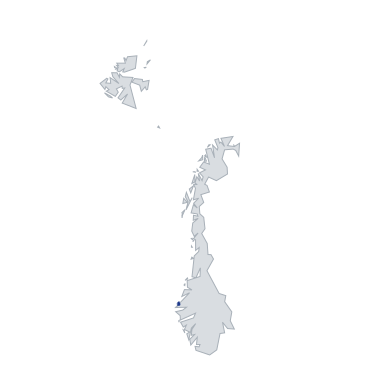 location of Ulstein nor, Møre og Romsdal, Norway, rotated 337°
{"feature_id": "86288312B47478936056679", "entity_name": "Ulstein nor", "entity_type": "district", "adm_level": 2, "iso_a3": "NOR", "parent_name": "Norway", "parent_adm1": "Møre og Romsdal", "projection": "albers", "projection_center": [5.867, 62.327], "detail": "fine", "context": "in_parent", "style": "filled", "palette": "blue", "viewbox_px": 384, "rotation_deg": 337, "n_neighbors": 0, "source": "geoboundaries", "source_scale": "gbopen_adm2", "svg_char_len": 4562}
<svg xmlns="http://www.w3.org/2000/svg" viewBox="0 0 384 384"><g transform="rotate(337 192 192)"><path d="M213.1,184.7L206.7,189.8L208.4,191.8L208.0,198.8L199.1,197.9L198.7,206.2L193.0,208.2L190.7,215.1L192.9,219.9L189.6,230.9L184.7,234.0L185.9,245.3L182.3,255.8L185.0,257.1L185.6,262.1L175.0,270.3L177.3,296.0L182.6,300.6L179.2,305.8L181.8,317.9L176.9,325.5L177.4,334.7L171.4,331.6L169.2,323.8L167.0,334.4L162.5,333.2L153.1,347.0L144.6,348.9L133.8,339.3L134.5,335.3L138.0,337.3L139.8,335.5L136.5,334.2L140.1,327.8L131.1,332.4L132.4,326.7L138.7,324.2L135.4,323.6L138.2,318.5L144.0,314.6L138.3,317.0L131.3,326.7L131.8,320.5L135.1,320.0L131.3,315.6L134.8,312.3L131.2,312.9L130.6,307.4L144.2,308.5L147.9,304.9L131.3,305.3L132.8,301.2L130.2,295.8L137.3,297.1L141.9,295.9L131.6,291.9L150.4,283.8L141.8,284.2L146.9,278.9L153.7,282.1L150.6,277.9L152.9,271.7L166.4,272.9L170.1,265.1L162.1,272.5L158.9,270.0L169.1,251.7L174.9,249.4L176.9,245.9L172.5,247.2L176.6,237.4L175.0,235.6L181.6,232.1L176.7,233.6L176.5,227.9L180.6,220.8L187.4,218.7L182.1,218.5L184.3,214.0L188.0,216.6L188.2,214.2L183.0,210.9L188.3,204.3L190.6,208.8L189.1,203.0L195.7,200.3L190.2,199.8L196.6,190.0L196.5,185.6L199.8,187.2L198.2,185.0L202.4,179.8L203.3,184.9L205.0,177.3L205.7,185.5L208.2,182.4L206.4,177.3L213.0,176.9L208.8,172.3L214.4,168.9L218.9,173.2L221.3,158.0L226.6,159.1L226.1,169.3L229.3,156.8L231.8,163.2L233.2,161.3L233.3,152.9L237.2,153.2L236.4,157.8L238.1,157.3L239.7,162.8L239.6,153.9L251.4,156.9L242.8,163.2L248.8,166.7L254.8,165.7L249.0,177.2L248.5,170.8L246.7,168.6L238.5,165.9L232.6,173.3L234.0,182.9L231.7,189.3L218.9,191.1L213.1,184.7ZM164.7,50.8L169.6,53.0L170.0,58.0L171.6,55.0L173.2,58.9L182.4,63.5L176.7,69.3L173.2,93.3L162.5,82.9L171.0,76.6L162.4,79.5L160.7,76.4L170.7,70.0L168.3,69.3L169.0,67.2L162.7,67.5L163.1,71.3L158.8,74.0L152.5,65.7L155.6,65.4L153.9,61.4L151.9,63.6L149.8,56.1L158.0,54.0L158.8,55.1L155.3,57.9L159.6,60.2L161.3,54.7L167.1,63.6L164.2,55.0L164.7,50.8ZM173.1,44.0L181.0,47.4L181.6,42.0L182.5,42.3L182.7,45.2L185.5,42.3L194.5,45.1L188.2,56.1L176.7,55.3L175.2,54.4L177.8,51.9L172.1,53.0L170.4,51.2L171.8,49.6L169.0,48.9L172.9,48.4L172.0,46.0L173.7,46.9L173.1,44.0ZM183.4,65.1L190.3,69.0L189.8,71.2L196.1,72.5L191.2,80.2L189.9,80.1L190.0,76.9L184.7,79.5L185.6,73.2L179.7,67.5L183.4,65.1ZM186.4,200.0L190.0,197.3L179.5,206.1L184.5,199.6L184.0,193.7L186.7,190.1L186.4,200.0ZM190.7,188.2L195.8,186.8L190.5,192.3L190.7,188.2ZM195.2,184.1L201.4,177.0L198.7,183.7L195.2,184.1ZM150.2,66.5L154.5,72.0L155.6,74.4L152.3,71.8L150.2,66.5ZM181.9,194.6L183.6,199.7L179.1,199.0L181.9,194.6ZM216.2,162.2L214.5,166.5L210.3,166.0L214.5,164.1L216.2,162.2ZM217.4,164.7L217.4,169.2L215.4,168.5L217.4,164.7ZM174.6,207.1L178.7,205.5L174.5,209.4L174.6,207.1ZM209.4,35.4L204.6,38.7L209.5,35.1L209.4,35.4ZM201.8,54.6L205.4,54.1L200.6,56.6L201.8,54.6ZM223.6,156.9L226.1,155.1L227.2,155.7L223.6,156.9ZM219.0,163.1L219.0,165.5L217.7,163.7L219.0,163.1ZM205.6,173.1L206.1,175.4L204.8,174.9L205.6,173.1ZM187.0,118.2L187.2,120.4L185.7,118.9L187.0,118.2ZM198.7,59.3L197.0,59.5L196.7,58.8L198.7,59.3ZM166.4,251.9L167.5,253.7L164.9,253.5L166.4,251.9ZM200.6,173.7L202.3,174.3L203.4,175.4L200.6,173.7ZM169.6,46.2L170.4,47.4L169.4,47.1L169.6,46.2ZM154.1,270.3L151.1,270.6L154.2,269.3L154.1,270.3ZM149.9,273.6L148.8,275.3L148.3,274.5L149.9,273.6ZM173.9,210.0L172.7,212.0L173.9,208.8L173.9,210.0ZM130.7,316.4L130.3,319.0L130.1,315.5L130.7,316.4ZM173.9,236.1L173.1,234.6L174.0,234.6L173.9,236.1ZM248.7,164.4L249.0,166.3L248.8,166.0L248.7,164.4ZM174.8,237.5L173.2,238.0L175.1,237.1L174.8,237.5ZM170.4,241.5L170.7,243.0L169.9,242.6L170.4,241.5ZM130.0,305.2L129.2,306.8L129.4,305.4L130.0,305.2Z" fill="#d9dde1" stroke="#a8b0b8" stroke-width="1"/><path d="M136.9,288.3L136.7,288.3L136.4,288.4L136.3,288.5L136.2,288.5L136.1,288.8L136.0,289.0L136.0,289.3L135.9,289.5L136.0,289.5L136.1,289.4L136.1,289.5L136.1,289.4L136.2,289.5L136.3,289.6L136.2,289.8L136.2,289.7L135.9,289.6L135.7,289.6L135.8,289.7L135.8,289.8L135.8,290.0L135.7,290.0L135.8,290.1L136.0,290.0L135.9,290.0L136.0,289.9L136.2,290.0L136.1,290.3L136.2,290.2L136.3,290.2L136.3,290.3L136.2,290.4L136.3,290.4L136.3,290.5L136.2,290.5L135.9,290.7L136.0,290.7L136.3,290.7L136.5,290.7L136.8,290.4L136.8,290.2L136.8,289.9L136.7,289.8L136.6,289.7L136.5,289.2L136.5,288.9L136.8,288.9L136.8,288.6L136.9,288.4L136.9,288.3ZM136.5,290.7L136.5,290.8L136.5,290.7L136.4,290.7L136.4,290.8L136.5,290.8L136.4,290.8L136.2,290.9L136.2,291.0L136.3,291.0L136.4,290.9L136.5,290.9L136.6,290.7L136.5,290.7Z" fill="#3b82f6" stroke="#1e3a8a" stroke-width="1.5"/></g></svg>